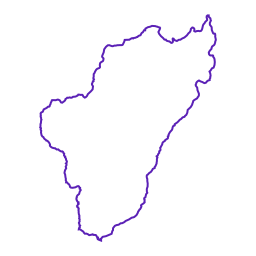 outline of Anorí, Antioquia, Colombia
{"feature_id": "7082276B24533406562220", "entity_name": "Anorí", "entity_type": "district", "adm_level": 2, "iso_a3": "COL", "parent_name": "Colombia", "parent_adm1": "Antioquia", "projection": "albers", "projection_center": [-75.117, 7.178], "detail": "fine", "context": "isolated", "style": "outline", "palette": "violet", "viewbox_px": 256, "rotation_deg": 0, "n_neighbors": 0, "source": "geoboundaries", "source_scale": "gbopen_adm2", "svg_char_len": 5700}
<svg xmlns="http://www.w3.org/2000/svg" viewBox="0 0 256 256"><path d="M49.3,106.6L47.8,106.8L46.7,107.9L43.7,109.4L42.8,111.7L41.1,112.6L40.6,113.4L40.8,114.0L40.6,115.1L40.9,115.8L40.6,116.7L41.1,117.8L41.1,119.1L41.5,119.7L41.1,120.6L40.9,123.1L40.5,124.0L40.5,126.3L40.2,127.5L40.8,127.8L41.0,128.3L40.6,129.7L41.2,130.6L41.0,132.6L41.6,135.3L42.4,136.5L43.4,137.1L44.0,138.3L44.7,139.1L45.8,139.8L46.3,140.6L47.4,140.8L49.0,142.5L50.0,144.4L49.9,145.7L50.7,146.7L52.2,147.7L54.4,148.3L55.0,148.2L56.7,149.5L58.3,149.4L59.4,150.5L61.3,151.5L62.4,151.4L63.2,152.1L63.4,153.0L64.2,153.6L64.0,155.3L64.6,156.2L65.2,156.5L65.0,157.3L65.9,158.4L66.1,159.9L66.9,161.4L66.6,162.9L65.9,163.4L66.5,164.2L66.5,165.1L65.7,166.7L66.2,168.2L65.0,170.3L64.5,172.6L64.6,173.4L65.1,174.3L65.5,177.4L65.9,179.0L65.7,180.1L66.3,181.6L66.1,182.4L67.1,182.5L68.2,183.8L69.1,184.4L69.8,185.8L70.0,186.9L70.9,187.6L72.6,187.8L75.5,187.3L77.0,186.4L78.1,186.1L78.6,186.2L79.1,186.6L79.4,187.6L80.0,187.8L79.7,188.8L80.5,189.4L80.7,190.2L79.8,191.4L79.1,194.0L77.5,195.3L76.9,196.3L76.7,197.0L76.8,197.6L76.5,197.9L76.4,198.7L76.5,199.8L76.8,200.1L77.3,201.4L78.2,202.1L78.1,202.6L78.5,202.6L78.2,203.7L78.6,204.0L78.0,204.6L77.0,206.0L77.3,206.4L77.3,207.0L78.3,207.5L78.3,208.2L78.8,208.9L78.4,210.0L78.7,211.0L78.6,212.1L78.9,214.4L79.4,215.5L79.2,216.3L79.5,217.0L79.1,218.4L79.7,219.2L79.5,219.9L79.6,221.6L78.9,222.6L78.9,223.1L79.3,223.8L79.4,224.8L80.1,225.5L79.6,226.1L79.9,227.1L79.0,228.1L78.8,229.4L79.5,229.3L80.4,229.5L81.7,230.6L82.2,230.8L83.4,231.7L83.8,232.6L84.9,233.7L86.4,233.6L87.9,234.2L89.1,235.1L89.6,235.1L91.9,234.6L92.4,234.3L93.3,234.6L93.4,234.9L95.7,235.0L96.3,235.6L97.1,237.2L98.0,237.5L97.9,238.1L97.5,238.4L97.7,239.0L98.2,238.8L98.9,239.8L101.1,240.6L101.1,240.0L100.5,239.3L100.5,238.9L101.4,238.5L102.0,237.5L102.8,236.8L105.9,236.2L111.6,233.8L112.3,231.1L113.0,230.1L113.0,228.7L113.2,227.9L114.9,225.8L116.5,225.1L118.7,224.7L120.6,223.3L122.1,223.2L123.6,222.5L124.6,221.9L125.5,221.0L128.9,219.5L131.7,217.7L133.5,217.3L134.4,216.9L136.5,215.1L137.7,213.0L138.2,211.4L138.7,211.0L139.4,209.6L140.0,209.3L141.0,207.6L141.4,206.5L141.0,205.6L141.1,205.2L141.7,204.6L143.4,203.5L144.6,202.4L144.7,202.0L144.4,201.2L144.7,199.9L144.2,199.2L144.2,198.4L144.5,197.8L145.4,197.3L146.1,194.2L147.3,192.8L146.9,191.8L146.8,189.2L147.0,188.3L147.6,186.6L147.7,183.4L147.3,181.0L147.3,178.9L147.0,178.3L146.7,176.8L146.8,175.5L147.1,175.0L147.9,174.5L149.1,173.1L150.9,171.9L152.0,170.4L152.8,168.9L154.7,168.0L154.7,167.0L155.4,166.2L156.6,163.5L156.6,162.6L156.9,161.1L156.9,159.0L157.4,157.4L156.8,156.8L156.6,156.3L157.8,155.4L158.1,154.2L159.2,152.9L159.2,151.3L160.0,150.7L160.5,149.9L160.2,147.8L160.7,147.2L161.5,145.6L162.2,144.5L162.4,143.1L163.3,141.9L164.8,141.0L165.2,140.1L167.8,138.4L168.0,137.1L167.8,136.4L168.6,135.8L168.5,134.9L168.8,134.2L169.9,132.2L172.0,129.8L172.4,128.7L172.6,127.4L173.1,126.2L174.7,125.4L174.8,125.0L174.6,124.4L174.8,124.1L177.3,122.4L178.7,121.0L179.7,119.8L181.1,119.0L182.6,117.4L184.5,116.8L185.1,115.8L186.3,114.9L187.3,112.7L187.7,109.9L190.7,107.1L192.2,104.6L192.4,103.5L192.9,102.5L193.2,101.0L194.3,100.0L197.2,98.3L197.6,97.3L198.4,96.5L198.9,95.3L198.9,93.6L197.5,90.2L197.2,87.6L195.8,85.7L195.7,84.6L196.1,84.0L196.3,82.8L196.8,82.1L197.7,81.2L199.0,80.5L200.5,81.4L202.3,82.0L204.1,83.0L204.8,83.1L206.2,82.5L206.8,81.5L208.0,80.6L209.7,80.1L209.7,78.9L210.3,77.9L210.2,77.0L210.6,75.8L210.3,73.6L209.5,71.5L210.5,70.6L211.9,68.4L213.6,67.6L214.5,65.0L214.8,62.1L214.5,59.2L214.2,58.2L213.2,56.8L213.1,55.7L212.8,55.4L210.8,55.5L209.8,55.2L209.0,54.1L208.8,52.4L209.8,50.7L211.5,48.8L211.6,47.8L212.1,46.5L214.1,45.0L214.5,44.5L215.1,42.7L215.3,41.3L215.7,40.5L215.8,39.4L215.2,36.7L215.3,35.4L215.1,33.9L214.8,33.6L213.5,33.6L213.1,33.2L211.8,30.0L211.7,27.7L211.5,26.9L209.9,24.8L209.8,22.9L210.9,20.5L210.6,19.9L210.4,18.4L208.7,16.7L208.7,15.4L207.5,15.4L206.7,16.2L206.6,17.5L207.1,19.0L207.1,20.1L205.1,22.1L204.5,23.3L203.6,24.2L203.0,25.3L202.2,28.8L201.7,30.0L201.0,30.9L199.8,31.2L198.5,30.9L196.6,31.1L195.5,31.6L195.0,31.5L194.2,31.0L194.4,29.2L194.1,28.4L192.8,27.5L192.3,27.5L190.9,28.9L190.6,30.7L189.6,32.4L188.6,33.1L186.9,35.4L184.4,37.5L182.2,38.5L180.4,39.7L178.8,39.8L176.9,41.0L174.7,40.2L174.1,39.5L173.6,38.7L172.9,38.5L172.6,38.9L172.9,40.4L172.9,41.8L172.5,42.4L171.8,42.9L171.1,42.8L169.4,41.4L168.5,41.3L166.6,40.7L165.8,39.6L165.0,39.7L164.2,39.4L163.3,38.2L161.0,36.2L159.2,33.9L158.4,32.0L159.8,29.2L160.1,28.0L159.8,27.5L158.3,27.2L157.5,26.7L156.7,26.6L155.2,26.1L152.0,25.9L150.2,26.7L147.9,27.2L145.4,28.6L145.2,30.3L144.1,30.2L142.8,32.3L141.9,32.8L141.4,33.4L140.5,35.2L138.5,35.9L137.4,37.0L136.6,37.1L135.6,37.7L133.7,38.0L133.1,38.5L132.2,38.1L130.7,38.8L129.4,39.7L124.7,39.9L124.3,41.5L122.8,44.6L122.5,44.9L121.8,45.1L117.5,45.2L115.8,45.6L114.4,45.6L112.8,46.2L111.8,46.1L109.3,45.2L107.8,45.3L106.0,46.8L104.2,49.3L103.7,52.3L102.3,55.6L102.1,56.5L102.3,57.1L103.5,58.4L103.4,59.9L102.9,61.1L100.9,62.3L100.1,63.2L99.8,64.9L100.0,66.9L99.9,67.4L99.3,68.0L97.2,68.8L96.2,69.7L94.9,71.9L94.7,72.7L93.7,74.1L93.7,76.8L93.3,78.1L94.0,79.3L93.4,80.1L93.6,81.1L92.8,81.5L92.7,82.2L91.9,83.9L92.0,84.6L93.0,86.3L92.6,89.4L90.9,91.3L87.8,94.2L87.2,95.6L86.7,96.3L85.6,97.3L84.7,97.6L83.3,96.5L82.8,95.3L82.2,94.8L80.3,94.9L79.8,94.7L78.3,94.6L77.9,95.3L77.3,95.5L76.9,96.0L75.4,96.6L73.0,96.8L72.3,97.4L71.0,97.8L69.7,97.4L68.3,97.8L67.2,97.7L66.3,98.6L65.5,99.0L65.2,100.2L64.5,101.0L62.2,102.7L61.0,102.4L59.8,100.4L58.4,99.7L57.6,99.6L55.7,100.2L52.1,100.1L51.8,100.4L51.6,101.3L50.8,102.7L50.5,104.1L49.8,105.3L49.6,106.3L49.3,106.6Z" fill="none" stroke="#5b21b6" stroke-width="2"/></svg>